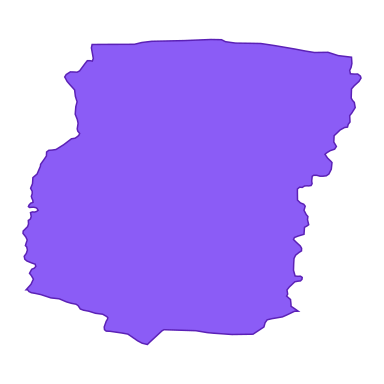 outline of San Jacinto, Canelones, Uruguay
{"feature_id": "84410073B72021861156852", "entity_name": "San Jacinto", "entity_type": "district", "adm_level": 2, "iso_a3": "URY", "parent_name": "Uruguay", "parent_adm1": "Canelones", "projection": "robinson", "projection_center": [-55.825, -34.536], "detail": "fine", "context": "isolated", "style": "filled", "palette": "violet", "viewbox_px": 384, "rotation_deg": 0, "n_neighbors": 0, "source": "geoboundaries", "source_scale": "gbopen_adm2", "svg_char_len": 2964}
<svg xmlns="http://www.w3.org/2000/svg" viewBox="0 0 384 384"><path d="M213.5,333.2L232.0,334.5L253.0,334.2L263.9,327.0L265.1,322.7L267.2,319.8L271.8,318.7L282.4,316.9L286.3,315.2L294.5,311.3L298.2,311.2L295.1,309.0L291.1,306.3L290.9,303.3L290.5,299.5L286.6,296.1L287.7,294.1L287.3,291.9L287.0,289.9L289.3,287.0L294.8,281.8L297.8,281.2L300.5,280.9L302.0,279.3L302.2,277.4L300.5,276.2L297.6,276.3L295.1,276.0L293.5,270.3L293.7,263.7L294.0,258.5L295.6,255.2L299.1,252.4L301.5,250.9L301.6,248.3L300.3,246.0L296.2,242.2L293.5,239.5L294.4,237.5L298.3,236.0L304.0,234.3L304.5,227.3L306.9,226.0L308.7,224.7L307.5,219.7L307.9,216.5L306.3,214.7L304.0,210.3L305.2,206.2L303.7,204.2L300.4,202.9L297.5,200.1L297.4,192.0L297.4,189.0L299.6,187.2L302.3,187.4L304.5,186.0L306.9,185.8L308.8,185.9L311.1,185.5L312.1,183.7L311.7,181.0L312.2,176.3L313.6,175.3L316.8,175.3L320.0,176.2L322.9,176.2L326.3,175.8L328.9,174.0L331.3,169.2L332.0,162.6L331.0,161.4L327.5,158.0L325.0,154.3L326.6,152.9L330.1,150.7L334.6,149.2L336.4,146.5L335.4,144.7L333.8,142.1L334.1,135.7L336.8,133.2L340.2,129.9L344.6,127.5L347.5,127.1L348.2,124.4L350.0,122.0L349.7,115.6L351.6,113.3L355.2,107.6L354.3,102.4L352.5,100.4L351.2,98.1L351.5,88.9L354.1,85.9L359.0,81.4L361.0,78.1L360.4,76.1L357.7,74.0L354.8,74.1L350.4,73.8L349.7,70.4L351.1,67.4L351.9,63.5L351.5,57.2L338.2,55.6L328.0,52.3L314.4,52.5L305.2,51.0L294.7,49.0L274.8,45.6L260.8,43.5L250.3,43.3L235.6,43.1L225.5,41.7L221.5,39.7L210.8,39.5L184.1,40.6L151.7,41.3L141.8,42.5L134.4,44.3L102.6,44.4L92.1,44.5L91.4,47.9L92.2,52.3L93.3,58.5L92.3,61.1L90.1,60.7L87.3,60.7L85.0,63.6L79.6,70.9L77.1,72.2L74.1,72.0L70.3,71.9L66.2,74.5L64.7,77.0L65.4,78.2L67.1,81.4L69.4,84.1L74.6,89.9L75.4,96.4L77.1,101.8L75.8,106.7L75.2,114.2L77.3,119.5L78.1,123.3L77.2,128.9L77.8,131.2L79.7,133.5L78.7,135.5L77.1,136.8L75.1,138.2L71.4,138.8L63.7,144.7L56.0,149.5L51.9,150.1L48.8,150.3L46.6,152.0L46.4,156.0L44.1,159.4L40.6,164.3L40.4,166.3L39.1,169.3L37.1,174.0L32.9,177.6L32.5,183.7L30.6,188.3L32.2,191.3L32.2,193.8L31.3,196.3L31.9,198.3L32.8,200.2L33.0,202.4L30.7,203.2L29.0,205.1L28.4,206.6L29.6,207.5L31.4,207.3L33.7,207.2L35.9,207.7L37.0,208.4L38.1,210.3L36.5,211.5L34.4,212.1L32.4,211.9L30.5,212.6L30.8,214.3L31.2,216.6L30.3,219.1L28.3,220.4L28.5,224.0L27.6,226.6L23.2,231.0L23.0,233.4L25.9,237.1L27.2,240.0L26.2,243.0L25.4,245.6L26.7,246.9L27.4,250.0L26.3,253.4L24.2,256.3L24.8,259.2L26.9,261.0L31.5,262.9L35.2,264.2L35.8,266.4L34.4,268.1L31.7,269.3L29.5,273.3L31.2,275.4L33.4,279.1L31.0,284.3L26.1,289.8L27.6,289.8L28.9,291.5L31.3,292.7L35.3,293.4L40.9,294.6L50.9,297.9L59.2,298.8L66.5,301.9L71.3,303.3L76.0,304.2L78.0,305.5L80.3,309.0L83.5,310.2L88.8,311.2L95.5,313.3L102.6,314.2L106.3,316.3L107.8,317.5L107.6,319.0L106.2,321.3L104.2,327.0L104.5,329.7L106.2,331.1L110.1,331.3L121.8,333.0L127.9,334.1L137.6,340.8L142.1,343.2L147.4,344.5L149.4,342.5L161.9,330.9L163.9,329.7L195.9,330.7L207.2,332.6L213.5,333.2Z" fill="#8b5cf6" stroke="#5b21b6" stroke-width="1.5"/></svg>